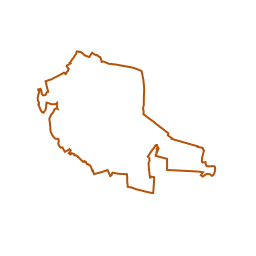 the district of Duda-Epureni, Vaslui, Romania, rotated 28°
{"feature_id": "2599482B75726639165286", "entity_name": "Duda-Epureni", "entity_type": "district", "adm_level": 2, "iso_a3": "ROU", "parent_name": "Romania", "parent_adm1": "Vaslui", "projection": "orthographic", "projection_center": [28.077, 46.731], "detail": "fine", "context": "isolated", "style": "outline", "palette": "amber", "viewbox_px": 256, "rotation_deg": 28, "n_neighbors": 0, "source": "geoboundaries", "source_scale": "gbopen_adm2", "svg_char_len": 5595}
<svg xmlns="http://www.w3.org/2000/svg" viewBox="0 0 256 256"><g transform="rotate(28 128 128)"><path d="M216.9,135.8L218.5,132.4L219.3,131.5L220.9,130.6L222.4,130.4L223.3,130.6L224.2,130.9L224.8,130.6L225.1,130.1L225.4,129.1L225.4,127.5L225.1,125.8L224.3,123.4L223.4,122.0L222.7,121.4L221.9,121.4L220.4,122.1L216.9,124.2L215.5,124.6L214.8,124.5L213.8,123.6L213.0,122.6L212.4,121.7L210.1,123.4L209.4,123.2L209.1,122.9L208.3,121.7L207.4,119.4L207.1,118.3L206.2,114.7L205.8,112.6L205.6,112.1L204.9,112.0L204.7,111.9L203.9,111.2L203.3,110.5L203.2,110.5L198.4,112.0L198.3,111.4L189.1,113.4L171.7,117.1L171.7,116.4L166.6,115.8L166.2,113.8L165.6,113.6L164.2,113.5L161.1,112.8L155.1,111.9L149.2,110.8L147.7,110.4L143.7,109.9L142.7,109.7L142.1,109.6L141.6,109.6L137.7,109.0L135.8,108.6L135.2,108.6L135.2,108.3L134.6,107.2L133.4,105.1L132.4,104.2L132.0,103.6L131.8,102.9L131.2,100.4L127.2,92.7L124.5,86.9L121.8,82.5L120.2,80.2L119.6,79.3L119.3,78.7L116.0,74.6L113.2,71.3L108.0,71.8L104.6,72.3L103.2,72.7L93.9,75.6L93.4,75.9L92.9,76.1L92.7,76.0L88.6,77.3L86.6,78.0L85.2,78.6L85.0,78.8L84.3,78.8L82.9,79.4L82.8,79.5L82.1,79.8L81.9,80.0L80.9,80.3L79.2,80.5L77.1,80.6L75.2,80.8L74.7,81.0L73.7,82.0L70.4,78.5L69.5,78.9L69.0,78.6L67.2,78.3L66.9,78.1L66.3,78.2L66.2,78.3L66.0,78.6L65.6,78.7L63.8,78.7L60.9,78.5L60.5,83.5L58.9,83.8L56.8,84.0L56.1,84.2L54.9,84.0L53.9,83.7L52.8,83.5L52.5,83.2L50.1,83.2L50.2,83.5L47.7,84.1L46.8,84.4L46.9,84.9L46.9,85.3L47.1,85.9L47.3,86.3L47.4,87.0L47.3,87.6L47.1,88.4L47.1,90.1L46.9,91.5L46.8,92.4L46.5,93.3L46.4,94.6L46.4,96.6L46.2,97.4L46.0,97.8L46.9,98.0L46.4,98.9L44.6,101.8L44.6,102.0L44.9,102.3L45.5,102.5L45.8,102.8L46.5,103.0L47.9,103.7L47.9,103.9L47.8,104.3L48.0,105.4L48.1,105.6L47.9,106.5L47.7,106.9L47.8,107.4L47.7,107.8L47.7,108.5L47.4,108.6L47.5,108.7L47.7,108.8L47.7,109.4L47.7,109.7L47.6,109.8L46.8,109.5L45.4,109.2L44.4,111.0L43.0,113.0L41.4,115.4L38.8,118.9L37.8,120.8L35.8,122.7L33.3,125.4L33.9,126.0L37.0,129.7L37.9,130.7L38.7,131.6L39.6,132.3L40.4,133.5L39.9,133.6L39.7,133.9L39.6,135.5L39.7,137.0L39.7,137.4L39.6,137.7L37.8,139.0L36.7,138.8L35.8,138.3L34.8,136.8L34.1,136.0L33.4,135.2L32.5,134.5L30.6,136.1L31.5,137.2L32.1,137.3L32.3,137.1L32.6,137.6L33.0,138.5L33.0,140.0L33.7,142.5L34.1,143.7L34.9,145.2L35.3,145.8L35.7,146.3L36.6,146.7L37.0,146.9L37.4,147.4L38.2,148.6L38.2,149.1L37.9,149.3L38.5,149.9L40.8,151.7L41.5,152.4L43.4,153.7L43.9,153.8L44.6,154.3L45.7,154.4L46.3,154.1L46.3,153.4L46.3,153.0L46.6,150.4L44.2,143.8L49.7,142.8L50.4,142.3L51.8,141.6L53.1,140.6L53.6,139.1L54.2,140.0L54.3,141.2L55.7,142.9L56.2,143.6L56.9,144.2L55.8,144.3L54.9,144.8L54.5,145.6L54.4,146.7L54.6,149.0L54.3,150.7L53.9,152.1L54.0,154.3L54.0,155.7L54.4,157.1L55.0,158.0L55.8,159.0L56.3,159.8L56.6,160.0L57.4,161.5L59.1,163.8L59.7,165.0L60.1,165.6L61.6,167.7L61.9,168.0L62.8,168.5L63.1,168.9L63.7,169.2L64.3,169.8L65.1,170.1L66.1,170.7L67.1,170.9L68.0,171.4L68.4,171.5L68.7,171.6L69.0,171.5L71.7,170.3L72.2,171.1L72.9,171.8L73.0,172.3L73.3,172.9L73.5,173.4L73.5,173.9L73.7,174.3L73.9,174.6L74.2,174.8L74.5,175.0L74.8,175.5L75.7,176.0L76.6,176.6L76.9,176.7L78.0,176.9L79.2,175.9L80.0,176.5L83.4,178.7L84.1,177.8L85.1,176.4L85.5,175.6L85.9,175.1L86.0,174.7L86.1,174.4L86.4,174.7L86.5,174.7L87.0,174.5L87.4,174.6L87.7,174.4L87.8,174.5L88.0,175.0L88.0,175.6L88.2,176.4L88.1,176.6L87.9,177.0L87.6,178.2L87.9,178.2L88.1,178.2L88.8,178.3L89.4,178.4L89.7,178.3L89.6,178.0L89.5,177.8L89.4,177.2L89.7,177.0L89.8,176.9L90.1,176.7L90.5,176.8L90.8,176.6L91.3,176.6L92.0,176.4L92.6,176.3L92.8,176.3L93.4,177.3L94.1,177.1L94.6,176.8L94.7,176.6L95.2,176.5L95.7,176.5L96.9,176.7L97.1,176.9L97.4,176.6L97.5,176.6L97.7,176.8L97.7,177.0L98.6,177.2L99.7,177.7L101.1,178.0L102.2,178.4L103.8,178.7L104.1,178.9L104.3,179.0L104.4,178.8L104.7,178.3L105.0,177.9L105.1,178.0L105.2,178.3L105.6,178.3L105.8,178.2L106.3,177.6L106.6,177.7L106.5,178.0L107.2,178.3L107.6,178.5L107.9,178.7L108.8,179.2L109.1,179.1L109.2,178.9L109.4,178.9L109.6,178.8L110.0,178.9L110.1,178.7L110.4,178.8L110.9,178.9L111.6,178.8L111.9,178.8L112.3,178.9L112.5,179.0L112.8,179.2L112.8,179.3L113.1,179.5L113.3,179.6L114.0,180.1L114.4,180.5L114.8,180.9L115.2,181.1L115.7,181.7L116.1,181.9L116.5,182.5L116.9,182.8L117.3,182.3L119.6,184.7L125.2,179.5L129.5,175.0L129.5,174.8L129.8,174.8L130.1,175.0L131.8,176.4L134.1,178.1L134.8,178.7L134.9,179.3L135.0,179.5L135.0,178.7L135.3,178.1L135.3,177.4L135.2,177.1L135.7,177.8L136.0,178.1L135.7,177.5L135.4,176.8L135.3,176.2L135.3,174.7L141.6,172.7L144.1,171.5L148.8,169.3L150.7,172.4L153.0,176.7L153.4,177.0L154.2,178.1L154.7,179.1L155.3,180.1L156.4,179.7L156.9,179.6L159.6,178.8L159.6,178.7L161.4,178.6L163.4,178.2L163.7,178.3L166.1,177.7L170.3,176.6L172.3,176.2L176.5,175.1L179.7,174.1L180.8,173.6L175.5,161.7L174.0,159.2L171.5,160.0L171.4,160.9L171.3,161.0L171.0,161.2L171.1,162.1L165.1,153.4L164.3,152.1L162.8,149.6L162.5,148.6L162.3,146.5L161.0,144.6L159.0,144.0L159.1,142.1L159.5,138.0L159.8,135.7L160.2,133.6L160.4,131.8L160.6,130.0L160.8,129.9L161.4,129.5L161.7,129.4L161.8,129.5L162.0,129.7L162.5,130.7L162.6,130.8L162.9,130.8L163.2,130.8L163.5,131.0L163.8,131.3L163.5,131.4L163.4,131.5L163.5,131.8L164.1,131.8L164.1,132.0L163.8,132.1L163.1,132.6L163.0,132.9L163.0,133.0L163.4,133.1L164.0,132.4L164.6,132.0L164.7,132.3L164.7,133.4L164.3,133.4L164.2,134.1L164.6,135.0L164.9,135.1L164.9,135.5L164.4,135.5L164.4,135.8L164.7,136.4L165.1,137.1L165.3,137.4L165.4,138.0L165.1,138.7L165.4,139.2L165.5,139.6L177.0,136.9L182.2,146.7L182.5,146.7L184.1,145.8L207.2,135.0L211.2,133.2L213.2,132.5L215.1,131.9L214.5,135.5L216.9,135.8Z" fill="none" stroke="#b45309" stroke-width="2"/></g></svg>